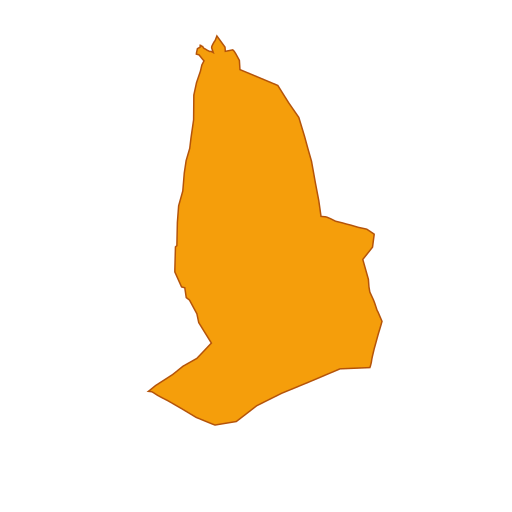 outline of Santiago Cacaloxtepec, Oaxaca, Mexico, rotated 120°
{"feature_id": "50627088B91472476679734", "entity_name": "Santiago Cacaloxtepec", "entity_type": "district", "adm_level": 2, "iso_a3": "MEX", "parent_name": "Mexico", "parent_adm1": "Oaxaca", "projection": "mercator", "projection_center": [-97.743, 17.73], "detail": "fine", "context": "isolated", "style": "filled", "palette": "amber", "viewbox_px": 512, "rotation_deg": 120, "n_neighbors": 0, "source": "geoboundaries", "source_scale": "gbopen_adm2", "svg_char_len": 1715}
<svg xmlns="http://www.w3.org/2000/svg" viewBox="0 0 512 512"><g transform="rotate(120 256 256)"><path d="M85.0,399.9L89.9,399.1L91.0,399.3L92.6,399.3L93.7,399.3L96.5,399.1L97.9,398.5L101.2,394.7L101.3,397.3L102.0,398.3L102.1,399.7L102.2,401.3L102.1,403.1L102.2,404.8L101.9,405.8L101.2,407.0L101.5,408.0L101.2,409.1L101.4,409.7L103.1,408.8L105.7,410.4L109.6,409.2L111.0,408.6L110.3,405.9L112.3,400.7L113.0,398.6L117.6,398.4L123.9,396.5L135.6,394.2L147.7,390.3L169.3,378.1L186.1,371.4L195.9,367.2L208.3,364.2L220.0,359.6L225.5,357.0L236.3,351.9L245.7,349.5L251.2,348.1L266.2,340.9L286.6,329.7L288.4,330.3L308.3,319.5L310.4,318.3L320.0,305.0L319.1,301.8L326.9,295.6L327.4,291.6L335.6,278.3L342.3,272.3L353.7,251.1L374.2,256.0L387.9,264.1L400.3,268.9L418.4,278.2L427.0,281.5L425.7,278.5L425.6,277.0L425.8,273.1L425.9,271.5L425.7,265.6L425.4,260.1L425.4,245.5L425.7,227.1L423.4,210.1L422.9,207.0L409.2,190.3L385.3,180.5L378.6,176.1L362.0,165.1L338.6,147.1L311.7,126.8L295.7,101.6L294.7,101.8L294.1,101.9L291.6,102.6L290.3,103.0L287.5,104.1L285.1,104.9L277.1,107.3L274.3,108.0L266.3,110.1L262.0,111.2L257.3,112.3L253.9,113.1L249.6,114.2L243.6,122.2L242.5,124.0L237.5,129.6L236.2,131.2L235.1,132.6L230.3,139.4L226.2,142.8L220.0,147.0L205.6,161.8L190.1,159.5L185.3,161.5L178.8,164.2L178.0,164.6L177.6,170.0L177.4,173.5L178.2,176.1L180.0,181.6L181.2,186.6L181.8,189.1L183.2,194.0L184.1,197.7L186.1,204.5L186.4,209.8L186.9,214.0L187.3,215.4L189.2,219.5L176.8,229.2L162.8,241.3L155.2,247.7L146.2,255.3L137.4,264.4L128.2,273.7L114.6,288.2L107.0,304.3L97.4,322.4L102.6,363.1L94.9,368.2L91.0,374.6L89.9,376.7L89.6,377.3L89.1,379.2L94.1,384.9L90.6,387.3L85.0,399.9Z" fill="#f59e0b" stroke="#b45309" stroke-width="1.5"/></g></svg>